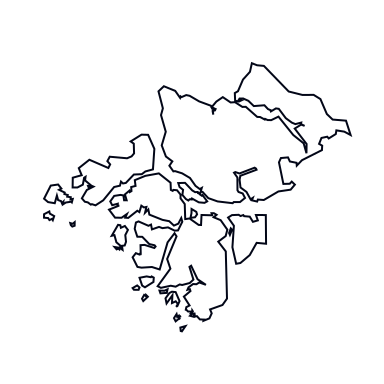 Tromsø nor, Troms, Norway, rotated 282°
{"feature_id": "86288312B12055584821312", "entity_name": "Tromsø nor", "entity_type": "district", "adm_level": 2, "iso_a3": "NOR", "parent_name": "Norway", "parent_adm1": "Troms", "projection": "orthographic", "projection_center": [18.78, 69.672], "detail": "fine", "context": "isolated", "style": "outline", "palette": "ink", "viewbox_px": 384, "rotation_deg": 282, "n_neighbors": 0, "source": "geoboundaries", "source_scale": "gbopen_adm2", "svg_char_len": 6032}
<svg xmlns="http://www.w3.org/2000/svg" viewBox="0 0 384 384"><g transform="rotate(282 192 192)"><path d="M330.4,223.8L321.6,223.7L312.6,218.5L300.1,216.0L297.7,213.3L290.3,215.2L290.2,219.0L291.7,221.0L291.4,218.4L293.3,219.1L294.1,222.6L292.9,228.2L288.9,234.6L291.9,244.8L288.9,249.1L288.2,252.7L287.7,252.1L287.2,252.4L291.2,256.7L291.4,259.6L283.7,268.4L280.6,275.3L279.9,279.0L282.6,284.4L281.1,284.4L280.1,288.4L280.6,284.7L275.4,279.3L262.8,294.1L253.7,295.9L262.8,291.1L268.8,279.2L283.7,260.9L278.8,254.6L278.1,251.1L278.7,248.3L278.0,248.1L279.5,243.0L279.0,240.2L286.5,226.9L285.7,223.6L288.8,215.4L287.6,211.2L291.2,202.4L285.5,197.0L279.1,193.6L278.0,197.8L276.6,197.5L275.7,195.6L272.1,196.7L275.6,195.3L277.9,196.9L277.7,194.4L280.3,192.6L282.1,180.2L285.6,169.7L285.6,166.2L282.6,162.0L283.1,161.0L281.6,160.8L287.4,154.6L289.6,142.5L283.5,138.3L267.8,146.1L260.8,145.7L245.5,153.8L231.3,152.7L221.3,159.1L217.9,166.4L213.0,164.4L208.3,169.5L208.9,171.1L208.2,178.5L205.3,187.1L198.7,194.2L196.5,199.0L198.0,200.7L194.2,200.4L194.3,202.3L189.4,209.2L188.1,219.0L189.5,234.1L190.8,234.9L192.1,241.0L197.2,245.1L201.1,241.9L201.7,237.5L203.2,236.1L215.6,233.4L219.6,229.1L220.5,230.2L220.0,234.6L228.8,248.2L228.2,249.8L227.2,250.5L217.9,235.9L213.9,236.0L206.5,238.5L203.4,245.3L197.0,250.8L198.9,252.7L196.3,252.3L196.2,257.7L198.3,258.0L199.1,263.9L210.5,276.4L214.8,288.0L220.6,291.1L222.9,287.4L220.4,285.9L218.9,279.7L239.1,270.9L243.7,271.9L245.8,278.7L242.2,281.4L242.3,288.2L239.6,289.0L246.0,293.0L260.0,310.4L264.4,309.7L265.5,306.3L271.8,307.4L274.2,312.8L272.8,314.6L278.6,320.6L282.3,320.4L282.7,328.4L280.7,335.3L293.8,327.8L292.1,314.5L296.3,307.7L309.6,298.3L312.3,290.8L309.9,279.9L310.4,265.7L330.3,236.1L329.5,229.3L330.4,223.8ZM165.8,114.0L162.5,116.7L165.1,121.8L163.3,121.9L163.6,123.6L157.5,114.5L150.9,122.1L152.2,128.5L156.9,132.9L153.0,132.0L153.4,135.0L162.3,142.4L161.4,144.7L168.1,145.3L166.9,148.2L167.9,150.5L162.0,150.4L165.9,152.9L161.0,155.0L158.6,169.0L158.7,175.8L155.4,181.3L158.2,185.2L164.3,186.9L160.9,188.7L151.5,186.3L150.6,183.0L152.4,175.9L150.5,170.6L151.0,167.0L147.1,160.6L151.6,158.7L149.9,156.4L152.1,145.8L150.5,143.5L144.1,143.6L136.9,147.8L137.8,152.7L132.2,161.0L132.1,166.5L131.1,167.7L129.4,166.8L130.4,156.6L129.3,152.7L120.0,154.9L121.0,154.4L119.5,154.7L120.8,153.9L119.9,153.5L120.5,149.8L115.8,147.5L107.4,154.2L107.5,158.3L110.3,168.4L109.5,176.5L137.7,178.6L148.0,183.5L145.4,186.1L121.3,181.6L112.5,186.8L92.7,178.0L91.8,181.5L95.9,190.7L96.0,195.7L99.0,199.2L99.0,201.7L102.5,208.7L106.6,211.6L118.2,205.1L119.7,206.5L107.8,215.6L104.1,224.9L105.0,217.9L102.7,215.5L102.2,212.2L98.0,208.4L95.4,207.9L96.5,210.1L94.8,211.1L88.0,205.8L80.5,213.2L78.2,210.4L74.7,210.4L75.7,210.8L74.3,213.0L75.0,217.1L76.2,216.9L75.5,217.6L73.0,216.1L73.2,217.9L70.5,215.9L70.3,219.6L74.5,219.5L70.7,220.7L71.6,222.6L69.0,226.2L69.9,231.4L69.7,231.7L68.6,230.0L68.4,230.0L72.0,235.3L77.4,236.5L80.9,234.1L87.8,245.3L95.0,248.4L140.9,237.4L148.9,228.0L155.9,234.1L162.5,234.4L170.4,225.9L171.8,218.5L174.8,220.8L175.8,217.8L175.3,215.5L173.4,216.6L171.5,206.1L161.6,207.7L161.2,205.3L165.6,195.1L164.1,191.0L178.7,187.4L183.4,182.1L187.1,181.3L190.6,177.0L190.2,173.4L189.1,172.9L189.6,170.9L196.6,169.1L203.3,155.7L198.1,143.0L191.7,133.6L186.2,135.5L184.2,131.5L180.3,132.6L179.0,131.2L180.3,130.5L175.7,126.9L170.3,129.8L169.8,127.3L174.4,125.6L174.3,122.7L172.0,116.7L165.8,114.0ZM171.6,74.3L172.6,79.0L176.5,83.7L183.5,83.5L184.7,84.7L181.1,85.0L177.2,92.4L176.4,89.0L174.6,90.2L177.2,92.5L176.8,94.5L172.1,88.7L162.9,85.6L160.2,89.2L160.2,92.2L158.6,95.7L159.3,96.6L158.9,100.4L165.4,106.9L180.7,114.8L183.2,120.2L187.4,120.4L186.0,122.7L187.1,125.4L197.0,131.5L199.0,139.2L202.4,142.1L206.0,149.1L226.4,146.2L238.8,137.2L237.6,130.7L228.7,121.5L227.2,125.0L217.7,127.3L214.3,125.5L211.5,121.5L209.4,104.2L204.6,102.8L202.0,106.2L198.1,105.2L202.2,84.9L191.8,76.3L185.5,80.6L181.2,72.4L171.6,74.3ZM184.8,269.0L182.8,259.3L177.9,262.3L175.5,257.8L179.9,253.6L179.2,248.0L180.1,247.0L178.6,244.5L179.4,242.4L177.7,235.9L174.5,232.6L167.7,240.0L146.4,243.0L131.0,250.1L132.6,254.1L142.3,261.6L155.7,265.8L156.8,275.2L184.8,269.0ZM154.7,48.7L152.2,53.3L152.5,60.1L160.4,60.6L156.3,62.7L155.8,65.9L154.0,67.1L155.8,68.2L153.1,68.4L155.5,70.8L157.4,75.9L156.9,76.6L160.4,76.8L159.5,74.7L161.7,74.5L161.5,70.9L163.2,71.1L163.5,67.6L165.0,67.6L166.5,61.5L168.2,63.5L171.5,59.5L168.9,52.5L154.7,48.7ZM197.9,176.7L194.3,178.8L192.3,182.8L187.2,183.2L183.9,187.4L182.9,190.2L184.4,191.2L184.7,194.2L185.1,192.7L185.7,193.1L183.3,200.8L184.0,206.5L186.0,208.8L191.2,202.9L190.4,202.4L191.4,200.0L192.7,200.4L192.2,198.1L193.2,197.6L192.5,195.1L193.6,191.9L199.5,183.3L197.9,176.7ZM144.5,126.5L132.5,122.6L133.7,125.1L127.1,128.5L124.4,133.5L125.7,137.3L129.6,137.8L136.0,135.7L141.6,137.2L144.8,133.4L142.2,129.9L144.6,128.8L144.5,126.5ZM82.5,188.2L77.7,190.3L86.9,194.3L79.2,195.5L81.7,198.8L79.5,201.5L76.5,200.4L77.4,201.4L82.7,202.5L90.7,196.8L90.3,193.1L88.5,190.9L82.5,188.2ZM97.2,158.5L90.1,162.7L89.0,165.8L96.0,173.0L100.3,172.4L101.0,170.0L100.1,169.5L100.0,165.2L97.2,158.5ZM139.5,51.9L136.1,52.6L136.6,56.7L134.9,58.4L136.6,60.6L135.5,61.7L139.8,62.2L141.3,57.4L143.3,56.5L139.5,51.9ZM175.3,195.1L171.2,195.9L166.4,195.9L167.9,200.2L171.2,201.6L173.5,200.3L175.3,195.1ZM88.8,180.7L86.3,182.2L88.1,188.3L91.7,188.3L89.7,185.6L88.8,180.7ZM81.4,166.6L77.2,165.3L75.2,167.0L80.4,170.6L81.8,168.4L80.6,168.4L81.4,166.6ZM64.9,200.6L62.1,202.9L65.6,205.7L65.0,206.8L66.7,205.0L68.3,207.1L67.5,205.4L68.4,204.9L66.8,203.5L69.4,202.3L64.9,200.6ZM85.7,153.9L84.3,155.5L85.2,160.1L87.7,160.5L89.2,157.8L85.7,153.9ZM164.5,237.5L159.6,236.8L157.9,238.0L163.5,239.0L164.5,237.5ZM57.0,208.8L53.7,209.9L53.6,211.1L59.5,213.5L57.0,208.8ZM122.1,127.7L120.2,130.2L121.3,131.7L120.7,132.9L122.4,132.9L121.0,136.1L123.7,135.1L122.4,133.3L122.1,127.7ZM136.3,79.4L134.4,80.4L133.3,82.1L134.6,84.2L138.1,83.5L136.1,81.9L136.3,79.4Z" fill="none" stroke="#020617" stroke-width="2"/></g></svg>